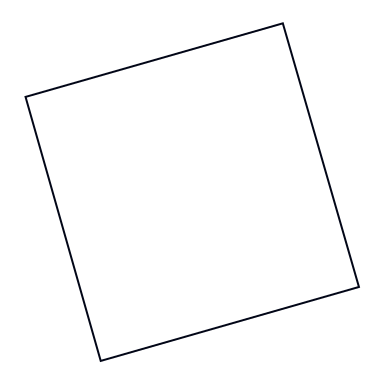 Hansford, Texas, United States of America, rotated 344°
{"feature_id": "52423323B90257338049784", "entity_name": "Hansford", "entity_type": "district", "adm_level": 2, "iso_a3": "USA", "parent_name": "United States of America", "parent_adm1": "Texas", "projection": "albers", "projection_center": [-101.355, 36.277], "detail": "fine", "context": "isolated", "style": "outline", "palette": "ink", "viewbox_px": 384, "rotation_deg": 344, "n_neighbors": 0, "source": "geoboundaries", "source_scale": "gbopen_adm2", "svg_char_len": 232}
<svg xmlns="http://www.w3.org/2000/svg" viewBox="0 0 384 384"><g transform="rotate(344 192 192)"><path d="M58.2,54.7L57.7,329.2L326.3,329.3L326.3,327.8L325.8,54.9L58.2,54.7Z" fill="none" stroke="#020617" stroke-width="2"/></g></svg>